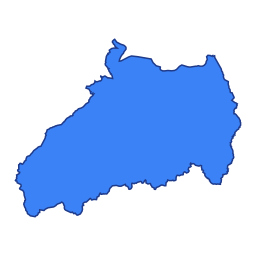 outline of Pedro Moncayo, Pichincha, Ecuador
{"feature_id": "8360857B86285248238237", "entity_name": "Pedro Moncayo", "entity_type": "district", "adm_level": 2, "iso_a3": "ECU", "parent_name": "Ecuador", "parent_adm1": "Pichincha", "projection": "albers", "projection_center": [-78.291, 0.06], "detail": "fine", "context": "isolated", "style": "filled", "palette": "blue", "viewbox_px": 256, "rotation_deg": 0, "n_neighbors": 0, "source": "geoboundaries", "source_scale": "gbopen_adm2", "svg_char_len": 5817}
<svg xmlns="http://www.w3.org/2000/svg" viewBox="0 0 256 256"><path d="M214.6,55.8L213.0,56.4L212.8,55.5L211.3,56.1L210.3,55.5L207.9,55.3L206.6,56.7L207.3,59.4L206.3,61.3L205.8,63.5L204.2,65.3L202.4,66.2L200.1,66.2L198.4,65.7L196.3,66.3L195.6,66.2L190.0,67.1L187.7,66.8L181.8,65.0L179.5,66.3L176.5,69.5L174.4,70.5L171.4,70.8L167.9,70.5L164.8,70.9L162.7,70.9L161.0,70.1L160.3,69.4L160.1,68.2L160.4,67.1L160.2,66.9L156.2,65.8L153.0,62.6L151.2,59.0L137.8,56.7L131.5,56.0L128.8,56.9L121.1,60.9L119.3,61.2L119.6,59.3L120.9,56.5L122.3,54.4L123.4,53.4L124.0,51.8L126.0,49.2L126.0,47.5L125.5,46.6L123.8,45.2L120.7,44.2L116.7,42.1L114.7,39.3L113.9,39.8L112.5,41.2L112.4,42.2L113.3,43.4L113.4,43.9L114.7,45.1L115.1,46.5L117.1,48.1L113.7,48.1L111.7,48.5L109.3,50.2L109.4,51.0L110.0,51.9L109.9,52.5L108.0,53.3L107.8,53.6L108.2,54.3L107.3,54.7L106.4,56.3L105.5,61.5L105.9,62.5L105.4,63.1L105.2,63.8L105.4,65.0L107.8,67.8L108.0,68.5L108.6,68.6L108.1,69.0L108.7,69.9L109.1,71.3L110.2,72.7L110.4,73.7L111.1,73.8L111.0,74.4L111.9,75.2L112.3,76.6L112.6,78.5L108.6,77.8L108.0,78.0L105.2,76.1L104.4,76.1L102.8,77.1L100.8,76.1L100.7,76.5L102.0,78.6L101.7,79.7L101.1,80.5L100.2,81.0L99.7,80.9L97.5,81.7L95.9,81.7L95.0,81.0L94.8,82.5L93.4,84.1L91.4,84.7L89.7,86.2L86.7,86.2L86.0,88.1L88.9,89.1L90.2,91.3L90.9,91.7L90.5,92.3L90.6,93.3L91.0,93.8L91.5,93.8L92.5,93.3L92.3,93.9L92.6,94.4L93.7,94.1L92.7,95.7L90.4,97.5L89.9,98.9L88.9,100.1L88.9,101.6L88.5,102.4L86.0,103.8L83.3,106.8L81.3,108.0L78.5,108.8L76.8,110.5L75.4,111.0L74.8,112.1L73.3,113.4L72.8,114.6L72.9,115.4L72.4,115.8L70.3,116.0L69.9,116.8L69.3,116.8L68.8,117.3L67.2,118.1L65.6,119.7L65.2,120.7L64.0,121.6L63.8,122.3L63.2,122.5L61.4,124.6L57.2,125.4L56.2,125.9L55.5,125.9L54.0,126.8L53.0,126.9L52.1,127.6L50.8,127.8L49.5,128.5L49.2,129.0L47.2,129.8L46.4,132.5L45.3,133.6L45.6,134.0L46.1,135.3L45.5,136.1L45.2,138.1L40.9,146.3L39.2,146.6L38.0,147.2L37.4,147.9L33.7,150.7L32.1,153.0L31.5,153.4L29.8,155.6L27.7,156.3L26.7,157.0L26.0,159.2L25.9,160.3L24.4,161.3L24.3,162.0L22.6,164.2L22.1,164.2L21.2,163.5L20.2,163.3L19.9,163.4L19.5,164.3L18.7,164.8L18.8,169.2L17.7,170.0L17.7,170.5L18.3,171.7L19.7,172.2L19.7,172.7L18.7,173.9L16.6,175.0L16.9,176.3L16.5,177.8L16.8,178.5L15.4,180.4L15.7,180.9L16.8,181.0L17.2,182.8L20.8,184.5L21.2,186.1L19.6,188.4L19.7,188.8L20.1,189.3L22.8,190.5L23.9,192.3L24.2,195.4L25.5,199.5L25.3,200.3L24.8,200.5L24.6,202.3L24.0,202.9L23.8,204.3L24.6,206.9L25.6,208.6L25.8,210.3L27.1,211.7L27.3,213.1L27.8,213.9L29.4,214.9L30.3,215.8L35.1,216.7L35.9,215.8L37.2,215.3L38.0,214.3L38.3,212.9L39.7,212.5L39.7,209.8L44.0,210.5L45.3,209.2L48.0,207.8L53.7,206.9L56.0,205.5L56.4,204.8L57.6,204.0L60.7,202.9L61.5,202.1L62.5,202.5L63.4,203.5L63.8,205.0L64.5,206.1L64.3,208.0L64.8,209.4L65.7,210.2L71.0,212.6L72.3,212.1L73.9,213.7L75.1,213.1L76.8,215.0L77.8,215.1L80.4,213.9L82.0,211.3L82.5,209.3L82.2,206.2L82.7,205.7L83.6,205.5L83.7,205.1L82.9,204.2L83.1,203.3L84.6,202.2L86.4,202.0L90.1,198.5L90.6,198.5L91.4,199.8L91.8,200.0L93.9,199.4L96.5,199.6L97.2,196.9L98.8,196.4L99.4,194.3L100.2,193.1L100.6,193.3L100.8,194.1L101.1,194.3L102.2,194.2L103.3,193.7L103.9,194.1L105.1,193.8L106.3,194.0L107.1,193.7L108.2,192.1L109.1,191.3L109.7,188.6L112.4,185.8L116.4,185.4L119.0,186.2L121.1,186.2L125.3,184.3L125.5,184.6L125.6,185.7L126.5,185.9L128.3,187.2L128.8,189.1L129.8,189.3L131.1,188.6L132.0,186.9L131.7,184.0L132.1,183.2L134.2,183.7L135.1,183.1L136.4,183.2L137.2,182.4L140.8,181.4L141.3,181.7L142.1,183.1L142.9,183.1L143.6,182.6L144.7,180.5L145.5,180.0L145.9,180.5L146.0,182.9L148.0,184.0L150.1,183.5L150.6,184.0L150.8,185.0L151.4,185.7L152.1,187.1L154.1,187.9L154.2,189.0L154.5,189.3L155.3,189.4L155.8,188.9L156.3,187.5L158.8,186.6L161.1,185.1L162.6,185.1L164.7,185.8L165.8,185.7L166.1,182.6L167.4,181.3L167.7,180.0L169.3,180.6L171.9,180.6L173.0,180.2L173.8,180.8L175.4,180.4L176.0,179.9L176.1,177.4L176.5,176.2L177.1,175.4L177.8,175.3L179.5,175.7L180.8,175.0L183.0,174.8L183.3,174.4L183.2,173.3L184.3,171.9L184.9,171.9L186.5,173.0L188.2,172.3L189.0,171.2L189.0,170.5L188.2,169.7L188.8,167.5L190.4,167.0L191.1,166.3L190.3,164.6L190.4,163.5L190.8,163.1L191.7,164.1L192.9,163.6L193.8,163.7L195.6,165.3L199.0,166.1L200.4,165.4L201.5,165.7L201.4,167.2L201.9,168.8L201.8,169.8L203.1,170.2L203.5,170.7L202.9,172.2L204.8,173.6L204.8,175.0L205.2,176.0L206.7,177.8L207.3,177.9L207.6,178.5L208.5,178.5L208.9,179.2L209.5,179.6L209.5,180.8L210.2,181.3L210.6,182.4L212.0,183.5L213.2,184.1L215.2,183.9L216.2,184.3L217.4,184.0L220.4,184.3L220.5,182.8L221.2,182.0L221.2,180.7L221.5,179.8L220.9,178.4L222.4,177.2L223.0,175.7L222.7,175.1L223.0,174.5L224.7,174.4L225.5,173.9L226.6,173.9L227.5,172.9L227.5,172.6L227.0,171.9L227.3,171.5L228.1,171.3L228.2,170.9L227.7,169.7L228.3,169.0L227.3,168.4L227.6,167.8L227.5,166.9L227.7,165.6L228.6,164.7L229.9,164.4L230.4,163.3L231.2,163.4L231.5,163.1L231.8,161.5L232.4,160.6L232.4,159.3L233.3,158.5L233.8,157.1L233.3,155.6L233.4,154.3L232.8,153.3L233.0,152.2L232.7,150.2L231.4,147.8L231.5,146.8L230.8,146.6L230.9,145.4L230.3,145.1L230.7,144.0L230.3,142.7L231.1,142.4L231.6,141.4L231.2,140.5L232.2,138.2L233.0,137.9L232.4,136.7L233.6,136.3L233.7,135.9L233.3,135.4L233.9,134.8L234.8,134.9L234.5,134.1L235.0,133.4L234.8,132.5L237.4,129.7L238.6,129.1L239.1,127.3L239.9,127.2L239.9,126.2L240.6,125.3L240.6,122.5L240.1,121.7L240.3,120.8L238.8,117.8L238.0,117.1L236.1,114.6L234.7,113.6L234.1,113.8L233.8,112.8L234.2,111.3L233.8,110.4L234.8,108.7L235.2,108.6L235.4,108.1L236.0,108.2L236.5,107.8L236.5,106.5L237.1,105.3L236.7,104.6L237.3,103.9L235.9,102.9L235.0,102.7L231.8,100.3L234.1,97.8L234.0,97.1L232.0,92.7L231.1,92.7L230.3,92.2L230.0,89.6L228.9,87.8L228.9,86.5L228.2,84.3L228.3,81.6L225.0,79.9L224.0,78.8L223.4,76.7L223.6,75.0L222.9,74.0L222.5,72.1L221.7,71.1L221.2,68.9L214.8,57.6L214.6,55.8Z" fill="#3b82f6" stroke="#1e3a8a" stroke-width="1.5"/></svg>